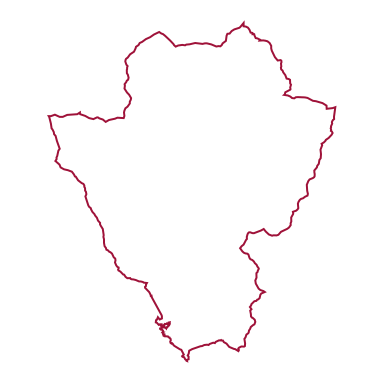 Valea Doftanei, Prahova, Romania (Natural Earth projection)
{"feature_id": "2599482B14208622579694", "entity_name": "Valea Doftanei", "entity_type": "district", "adm_level": 2, "iso_a3": "ROU", "parent_name": "Romania", "parent_adm1": "Prahova", "projection": "natural_earth1", "projection_center": [25.733, 45.364], "detail": "fine", "context": "isolated", "style": "outline", "palette": "rose", "viewbox_px": 384, "rotation_deg": 0, "n_neighbors": 0, "source": "geoboundaries", "source_scale": "gbopen_adm2", "svg_char_len": 5950}
<svg xmlns="http://www.w3.org/2000/svg" viewBox="0 0 384 384"><path d="M187.0,361.0L186.7,359.9L188.6,359.3L188.6,356.5L187.7,355.6L188.7,353.6L189.2,350.7L192.2,349.1L200.6,346.2L202.0,346.1L204.3,345.0L207.1,344.7L208.6,345.0L209.6,344.0L213.2,342.7L214.9,343.1L215.7,341.9L219.1,340.3L220.2,340.5L221.1,340.0L221.6,340.5L222.9,340.5L223.8,342.1L226.5,343.6L229.2,346.9L233.9,348.9L235.1,349.1L238.4,351.1L238.9,350.1L238.3,348.5L239.0,347.7L241.3,346.5L244.1,346.6L244.9,346.1L245.1,343.5L244.4,338.9L245.5,337.4L246.4,334.6L248.3,333.2L248.7,332.4L249.0,330.5L250.1,328.9L250.8,327.0L253.2,325.0L254.4,324.4L255.3,321.9L254.7,319.7L252.6,317.8L251.9,317.6L251.0,316.4L250.9,314.2L250.2,310.6L251.5,309.2L249.9,307.0L251.1,305.5L251.4,304.2L254.4,301.2L256.3,300.9L257.2,299.7L258.2,299.4L259.6,298.1L260.4,294.7L261.3,293.5L264.8,292.0L263.5,291.1L260.3,290.0L258.6,288.6L255.8,283.6L255.3,280.5L256.5,277.7L256.4,273.2L257.6,271.9L257.8,270.7L258.8,268.8L258.4,267.8L257.4,266.6L256.6,264.8L254.8,263.1L253.9,261.5L252.3,260.0L250.4,259.2L249.5,257.9L248.4,254.5L247.4,253.7L245.4,253.4L243.8,252.7L242.3,251.3L240.1,248.2L241.6,246.2L243.6,244.6L246.0,240.0L246.9,239.0L246.8,236.9L247.5,234.4L248.0,233.3L249.1,232.3L250.2,232.3L252.3,233.1L253.9,233.2L260.8,230.6L263.7,229.0L265.8,231.6L268.9,234.5L272.1,235.7L273.4,235.3L276.6,235.4L278.4,234.8L281.0,231.8L287.3,228.8L289.0,227.5L290.7,225.1L290.6,223.3L291.3,221.5L291.2,217.5L293.1,214.1L293.2,213.5L292.9,211.8L296.1,210.7L297.6,209.4L298.3,208.2L297.9,203.7L298.5,201.9L299.7,200.0L301.0,198.9L303.0,198.3L305.1,196.7L307.5,195.6L307.9,193.8L307.2,190.9L306.8,184.8L308.3,181.1L309.6,179.4L312.8,178.1L314.1,177.2L314.6,176.3L314.7,174.0L314.4,172.6L314.3,170.5L316.9,167.4L317.2,165.9L318.8,163.8L319.4,160.0L320.7,158.2L321.0,154.2L320.5,149.7L322.2,145.2L321.6,143.8L324.0,142.3L325.6,140.6L325.8,139.9L328.6,138.0L331.6,134.8L332.6,133.0L331.8,131.4L330.9,130.9L331.1,129.4L330.7,128.4L331.1,127.2L331.0,126.3L332.2,123.6L331.9,122.3L332.1,121.5L332.9,120.1L334.1,119.1L334.0,116.8L335.3,107.2L332.7,108.1L326.7,108.8L326.5,105.6L322.5,103.1L315.9,101.2L312.9,100.8L307.5,97.9L304.9,97.4L297.5,97.1L295.7,97.3L294.4,98.3L293.1,98.2L292.0,98.0L290.4,96.6L287.9,95.5L284.2,94.9L284.8,94.4L285.3,92.3L290.2,89.7L290.5,89.2L290.2,87.4L291.0,84.7L290.2,83.5L290.0,79.8L288.7,79.0L286.6,78.6L285.3,75.1L283.2,72.3L282.6,70.6L281.2,69.4L280.9,67.5L281.3,66.6L281.0,63.5L281.5,62.1L281.3,60.6L280.6,60.1L277.7,60.5L274.9,57.1L271.8,50.7L271.2,48.4L271.2,45.8L269.6,43.0L267.5,41.3L265.3,40.7L263.2,40.4L259.5,40.6L260.0,39.7L257.4,38.4L255.7,38.1L254.5,35.5L254.2,34.2L252.6,34.2L252.8,33.4L252.4,32.9L250.6,32.6L249.4,29.6L247.9,27.6L245.9,26.6L243.6,26.3L243.6,23.0L240.1,27.2L239.3,27.8L234.3,29.4L231.6,31.1L229.6,33.6L227.4,33.8L226.6,35.7L225.9,40.9L222.6,43.4L221.8,45.0L220.4,46.3L218.5,46.1L216.3,46.5L211.3,44.4L206.7,43.3L205.1,43.3L202.5,43.9L195.2,43.0L189.6,44.3L186.3,44.6L185.1,45.3L182.3,44.9L178.2,45.5L175.7,46.6L174.1,45.2L173.5,44.1L170.1,40.5L165.1,35.8L163.0,34.1L161.3,33.5L159.2,32.0L154.0,34.5L150.1,37.2L145.9,39.1L142.1,41.9L139.7,43.0L138.5,45.1L136.0,46.8L135.6,48.3L134.0,51.7L130.1,54.3L127.7,57.6L126.1,58.8L125.6,59.8L125.3,61.4L125.6,62.4L126.4,64.7L127.6,66.1L127.1,67.5L127.1,69.1L126.8,69.9L126.9,73.3L127.8,74.6L128.6,77.7L128.1,79.7L126.8,80.7L126.2,82.1L124.6,84.2L124.9,85.7L124.5,88.6L127.0,92.5L129.1,94.7L131.1,98.1L130.8,99.7L129.8,101.7L129.8,103.5L127.5,106.7L125.4,108.3L124.4,110.7L124.0,112.5L124.4,115.9L123.7,118.1L117.4,117.7L115.0,118.7L109.0,120.0L105.7,121.9L102.8,119.5L99.4,118.4L97.9,117.4L97.0,117.4L93.4,119.1L89.1,118.1L85.2,115.9L80.2,114.2L79.9,113.8L79.9,112.5L77.3,114.2L67.2,114.9L62.7,116.9L59.7,116.9L54.9,114.7L51.0,116.1L48.7,116.1L49.3,117.2L50.9,123.6L51.6,128.4L52.5,129.5L53.8,132.1L54.1,134.2L55.6,135.9L56.9,140.9L59.7,148.8L58.4,150.6L57.2,156.1L56.5,157.5L56.6,159.1L55.4,161.0L59.5,164.6L60.6,167.4L64.0,169.3L67.9,170.2L71.9,171.7L74.0,174.5L74.9,176.4L75.8,176.7L78.1,180.3L81.7,183.1L83.4,183.9L84.3,185.4L84.3,186.9L84.8,187.5L85.1,188.7L85.1,190.6L85.9,191.7L86.3,193.6L86.3,194.5L85.4,196.4L88.3,205.4L89.1,206.8L90.8,208.2L91.1,209.4L92.4,211.9L94.5,214.2L95.1,215.5L96.9,217.7L98.0,220.6L100.1,222.9L100.0,224.2L100.6,225.5L102.8,229.0L103.7,235.2L103.4,236.9L104.0,239.2L104.0,242.9L104.6,246.2L105.9,247.9L106.4,249.7L107.9,250.3L109.3,251.8L110.4,252.2L112.0,253.6L113.8,257.4L115.2,258.5L115.5,260.3L115.0,262.5L116.3,265.5L117.4,266.9L118.6,267.5L118.6,268.6L118.1,269.4L118.4,270.4L120.4,271.6L123.2,274.5L124.2,274.7L125.5,276.8L127.3,278.2L130.2,278.1L130.6,278.8L131.7,279.3L133.3,279.4L135.7,280.0L139.0,281.4L140.9,281.5L142.9,282.0L143.6,282.6L146.9,283.0L146.0,284.6L145.9,286.1L145.0,286.9L145.1,287.8L149.3,292.2L150.7,295.1L150.8,296.1L151.2,296.4L151.6,296.1L151.9,297.5L161.7,315.4L162.0,317.1L161.7,317.9L161.9,318.5L159.7,319.5L157.9,317.2L157.0,319.6L156.4,319.7L156.0,320.4L155.8,322.4L156.8,322.7L158.8,324.9L159.9,324.3L160.6,325.3L161.2,324.4L161.6,324.3L161.8,325.6L162.4,325.4L162.9,325.6L163.7,325.1L164.1,325.7L164.6,324.7L164.5,324.3L164.8,323.9L166.1,324.1L166.9,323.4L167.5,324.1L168.7,322.8L168.7,322.5L169.7,322.3L169.4,323.6L169.8,323.6L169.8,323.9L169.0,325.5L167.4,326.8L167.4,327.2L166.8,327.8L166.5,327.3L166.0,327.5L166.0,328.3L164.9,327.3L164.8,327.6L164.1,327.6L162.2,326.6L161.8,327.1L161.3,326.9L160.8,327.0L162.1,327.4L161.8,328.2L160.1,328.4L160.0,328.8L161.1,329.7L162.0,329.5L163.1,330.8L163.2,331.1L162.4,332.3L163.1,332.4L162.7,332.7L163.0,332.9L162.9,333.8L163.5,335.5L164.5,334.6L164.9,336.3L167.9,336.4L168.6,337.3L169.5,337.5L169.7,338.1L170.5,338.7L170.8,340.2L170.2,341.7L170.5,342.7L171.5,343.0L171.2,343.4L171.8,343.8L172.5,343.7L173.0,344.1L173.5,345.1L174.4,345.9L179.9,349.3L181.3,349.8L183.8,354.6L182.1,356.2L182.5,356.8L184.1,357.2L185.2,359.3L186.2,360.1L186.5,360.8L187.0,361.0Z" fill="none" stroke="#9f1239" stroke-width="2"/></svg>